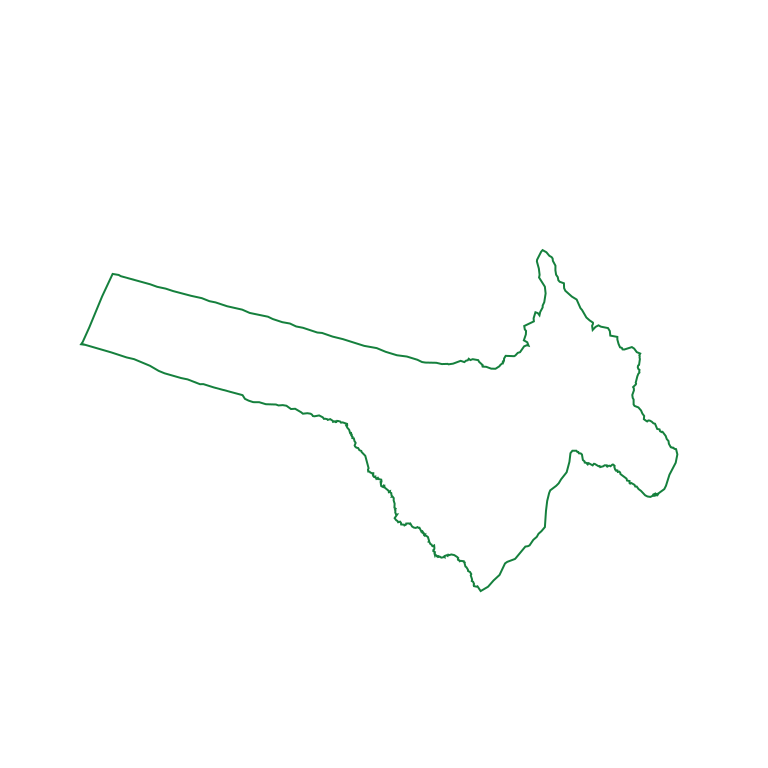 Bariadi, Simiyu, United Republic of Tanzania, rotated 196°
{"feature_id": "72390352B92057106188413", "entity_name": "Bariadi", "entity_type": "district", "adm_level": 2, "iso_a3": "TZA", "parent_name": "United Republic of Tanzania", "parent_adm1": "Simiyu", "projection": "natural_earth1", "projection_center": [34.103, -2.601], "detail": "fine", "context": "isolated", "style": "outline", "palette": "green", "viewbox_px": 768, "rotation_deg": 196, "n_neighbors": 0, "source": "geoboundaries", "source_scale": "gbopen_adm2", "svg_char_len": 6140}
<svg xmlns="http://www.w3.org/2000/svg" viewBox="0 0 768 768"><g transform="rotate(196 384 384)"><path d="M683.9,339.0L684.1,339.3L654.8,339.2L638.7,338.6L631.1,339.0L614.0,337.0L604.2,334.5L597.9,333.8L580.6,333.8L574.1,334.3L560.8,333.1L557.6,334.1L546.8,333.8L516.9,334.3L513.6,331.4L509.6,330.7L504.7,330.5L498.9,332.1L492.0,332.0L482.2,334.5L479.5,334.3L475.5,335.8L471.8,336.2L466.5,334.3L462.6,335.7L455.9,334.0L453.8,333.1L449.6,334.8L446.4,335.2L444.8,334.7L443.5,333.6L441.9,333.8L437.7,335.9L433.7,335.1L432.1,333.9L431.1,334.4L428.9,334.5L428.2,334.0L426.0,335.4L422.9,334.4L422.5,333.6L420.8,334.7L420.1,334.0L419.3,334.3L419.0,335.6L417.7,335.8L415.6,335.8L414.7,335.0L413.1,335.7L408.5,335.5L408.0,334.1L408.9,333.7L407.1,331.8L404.9,330.4L403.0,327.4L402.2,327.8L401.6,326.1L401.0,326.3L400.5,324.8L399.7,324.6L399.5,323.3L398.0,323.4L396.5,320.8L395.4,320.0L395.0,319.5L395.3,316.9L394.6,316.0L393.0,315.2L391.2,315.3L389.4,313.6L387.4,313.4L386.7,312.4L382.2,309.8L375.6,298.8L375.8,297.3L375.0,295.5L373.8,295.8L372.7,295.1L370.9,295.0L369.7,295.3L369.5,294.5L370.0,294.4L369.9,294.0L369.0,292.6L368.4,292.2L367.2,292.6L367.3,291.9L366.2,291.9L365.2,290.7L364.2,291.9L363.8,291.2L363.3,291.6L362.8,291.1L360.3,291.3L359.6,289.9L360.3,289.0L360.0,288.2L359.5,288.2L359.4,286.8L358.5,285.1L357.0,284.8L356.6,285.8L356.1,285.1L355.5,286.0L354.9,284.7L350.1,282.6L349.6,281.5L348.7,282.4L348.6,281.6L347.0,281.2L346.1,279.1L345.3,278.4L345.4,277.8L344.7,278.1L343.2,277.0L342.6,274.7L340.8,271.9L339.9,268.0L338.4,267.3L338.8,266.1L338.1,265.4L337.8,263.7L336.4,261.8L335.4,262.2L336.8,258.0L334.7,256.4L333.4,256.1L332.3,255.0L330.6,256.1L329.4,255.2L328.8,253.7L326.0,254.3L325.4,253.7L324.2,254.8L324.2,256.0L321.3,256.9L320.6,256.6L320.2,257.1L317.8,254.8L315.8,254.2L313.8,254.4L312.3,255.7L311.2,255.2L310.3,255.6L307.8,252.9L307.0,253.1L307.0,252.4L306.6,252.5L306.3,251.9L305.6,252.2L305.2,251.3L304.4,251.4L303.9,250.1L303.2,250.6L303.3,249.6L302.9,249.4L302.5,250.1L299.6,249.0L297.4,245.6L297.6,244.7L296.9,244.7L295.2,242.9L294.1,242.8L293.0,241.6L292.4,241.5L291.3,242.6L290.3,240.1L290.2,238.6L290.8,238.0L290.5,236.9L288.7,236.4L288.8,235.1L288.2,234.1L288.2,234.7L287.4,233.9L286.1,233.5L286.0,232.9L284.4,233.5L284.2,232.7L282.7,233.4L281.1,232.9L279.4,233.7L278.7,234.6L278.0,234.3L278.3,235.4L276.5,236.7L275.4,236.3L275.2,237.6L274.1,237.5L272.3,238.7L269.3,238.9L266.0,237.9L264.7,237.2L264.8,236.1L264.2,235.3L263.0,235.3L262.4,234.5L261.3,235.2L258.5,235.6L258.3,235.0L257.2,234.7L257.2,234.0L255.4,231.0L254.3,230.6L252.2,228.7L251.6,227.4L249.5,227.0L247.7,225.3L247.9,224.0L245.5,220.5L245.3,218.8L243.9,218.5L242.3,216.6L242.4,215.5L241.8,214.5L239.1,214.7L238.4,215.3L234.0,211.6L228.1,217.8L224.5,225.4L220.3,232.3L218.2,244.9L216.5,247.0L209.9,251.9L209.4,252.8L203.3,266.7L200.9,267.8L199.6,269.0L197.5,275.4L195.0,279.2L194.2,282.6L192.1,285.9L189.9,290.8L193.3,306.6L194.9,316.6L195.2,324.7L194.9,327.6L190.4,333.6L188.7,336.7L187.5,341.2L184.1,349.5L184.3,360.3L185.7,368.9L184.5,371.8L180.7,372.9L179.3,371.9L178.5,372.2L177.5,371.1L175.8,371.5L174.3,370.8L171.9,365.8L169.8,364.8L169.4,363.8L166.8,364.0L166.6,363.1L166.0,362.8L165.4,364.3L161.0,363.3L160.3,365.1L159.5,365.3L155.1,364.1L154.1,364.6L153.3,363.7L150.5,365.4L149.6,366.6L147.4,367.2L147.0,366.2L146.5,366.2L146.5,366.7L144.8,367.6L143.6,367.4L142.2,369.5L141.3,369.7L139.7,368.8L139.8,367.9L138.2,365.4L137.6,365.4L136.9,364.6L135.8,365.2L135.0,363.9L133.7,364.6L132.6,364.0L131.9,362.6L124.8,359.9L123.8,358.2L121.2,358.4L120.7,356.5L119.9,356.1L119.0,357.0L115.4,356.1L114.2,354.7L112.8,355.1L110.4,353.2L107.5,352.1L102.3,349.0L99.7,348.5L96.8,348.9L94.9,350.6L94.7,352.0L93.4,353.1L93.1,351.2L91.9,351.9L92.3,353.1L91.2,353.7L90.4,352.9L89.8,354.8L85.6,360.2L84.9,363.9L84.6,375.5L81.9,388.7L82.6,397.2L85.3,401.9L87.0,401.7L88.2,402.5L89.3,402.1L90.0,402.5L90.9,402.3L93.7,405.1L94.8,407.6L97.0,409.0L98.9,411.7L102.9,414.7L103.5,414.8L103.9,414.3L105.6,414.7L106.6,416.3L109.0,416.1L112.5,420.5L114.2,420.5L116.3,421.6L118.5,422.1L119.9,421.8L120.6,420.6L121.1,420.6L124.5,421.8L125.1,425.0L127.5,426.8L129.6,429.4L133.0,431.6L137.1,432.0L138.4,433.1L139.8,437.9L141.1,439.2L142.3,441.9L142.0,446.8L142.7,448.8L143.7,449.7L141.8,453.0L141.8,453.9L142.4,454.6L142.6,461.3L142.3,464.0L141.6,465.4L142.2,466.7L142.3,468.0L143.8,468.7L144.7,470.1L144.8,471.8L144.1,472.7L144.9,478.5L145.6,479.8L145.9,481.4L146.5,482.0L146.1,483.9L149.8,484.3L153.3,487.0L155.9,487.8L162.5,483.4L164.2,483.0L165.4,484.3L167.2,484.3L169.6,487.2L171.9,491.0L172.7,493.6L179.8,492.9L181.5,497.1L184.1,499.5L191.3,498.9L194.0,499.5L196.4,497.2L198.3,493.5L200.0,497.3L199.7,499.4L200.1,500.6L203.8,501.8L207.8,503.7L214.1,509.8L216.0,511.0L222.1,518.3L227.5,519.8L235.4,523.6L237.3,525.8L238.8,530.4L243.3,530.7L245.0,531.8L246.4,534.6L248.7,536.5L250.6,540.6L251.8,545.0L255.6,548.9L256.5,551.1L257.9,552.2L260.4,552.8L264.2,555.4L268.5,556.4L269.4,554.4L271.1,545.6L270.8,543.9L267.0,537.7L264.5,531.8L264.3,529.1L256.2,521.9L253.6,515.6L252.5,506.8L253.1,503.2L252.6,501.3L253.7,496.3L253.5,492.9L255.6,494.5L258.2,494.7L258.3,488.4L257.2,485.5L265.2,478.4L263.7,475.3L262.1,474.2L261.3,470.8L261.6,464.5L257.8,463.6L255.6,460.7L257.3,460.7L259.7,458.8L262.0,452.1L264.0,450.8L265.6,447.6L266.6,446.6L274.8,444.6L275.6,441.6L275.1,439.6L275.4,437.2L275.8,437.5L275.7,436.7L277.3,434.6L278.0,432.8L281.0,429.4L285.2,428.3L290.5,428.7L294.0,427.9L294.7,429.1L294.5,429.4L298.8,431.6L300.0,432.9L305.6,432.3L307.6,430.8L309.5,431.6L310.0,429.9L311.6,429.0L312.8,427.2L316.7,427.4L323.2,422.6L327.4,420.7L328.3,420.9L333.9,419.1L339.6,418.8L350.2,416.0L353.5,415.6L358.6,416.5L369.6,416.7L379.5,415.2L391.3,415.4L400.9,416.5L413.5,415.2L435.9,415.8L446.5,415.4L457.6,416.0L462.3,415.1L477.4,415.7L484.3,415.1L491.1,416.2L498.8,415.4L508.9,415.8L514.1,416.7L532.7,415.3L540.8,416.4L556.3,415.5L568.4,416.0L574.7,415.5L582.8,416.3L593.7,415.6L612.2,415.2L620.2,415.5L628.8,414.9L636.2,415.4L666.7,415.1L669.1,415.7L675.2,415.0L679.1,390.6L682.9,357.2L685.2,341.4L686.1,338.7L683.9,339.0Z" fill="none" stroke="#15803d" stroke-width="2"/></g></svg>